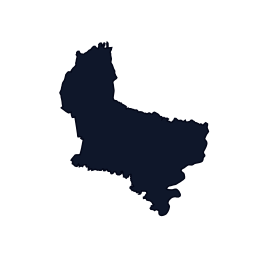 outline of Bom Jesus de Goiás, Goiás, Brazil, rotated 233°
{"feature_id": "56859067B21654402984867", "entity_name": "Bom Jesus de Goiás", "entity_type": "district", "adm_level": 2, "iso_a3": "BRA", "parent_name": "Brazil", "parent_adm1": "Goiás", "projection": "natural_earth1", "projection_center": [-49.889, -18.197], "detail": "fine", "context": "isolated", "style": "filled", "palette": "ink", "viewbox_px": 256, "rotation_deg": 233, "n_neighbors": 0, "source": "geoboundaries", "source_scale": "gbopen_adm2", "svg_char_len": 5800}
<svg xmlns="http://www.w3.org/2000/svg" viewBox="0 0 256 256"><g transform="rotate(233 128 128)"><path d="M217.6,130.8L216.6,130.8L215.7,130.6L214.6,129.4L213.8,128.3L212.2,126.7L211.4,125.6L210.5,124.9L209.7,124.6L209.2,123.4L208.9,121.8L208.8,120.2L208.3,118.6L208.0,117.4L207.1,116.6L207.7,115.3L208.7,114.1L208.6,112.9L207.9,110.5L205.4,107.5L204.5,106.2L204.0,105.1L203.4,103.4L202.3,101.9L201.4,101.0L200.4,99.7L198.7,97.9L197.2,95.0L196.3,94.6L195.5,94.5L194.6,94.4L193.7,93.9L192.6,93.2L190.9,92.5L188.4,91.2L186.8,90.2L185.4,89.5L184.3,89.0L184.2,86.9L181.6,87.7L178.4,88.6L176.0,89.6L174.9,92.1L171.6,90.4L170.0,90.0L169.2,91.3L168.6,92.3L159.4,87.4L157.6,86.4L156.3,85.7L153.7,84.3L151.8,83.1L151.0,82.9L150.3,84.1L149.5,85.0L148.6,85.5L148.1,84.2L146.8,84.6L145.9,85.6L144.5,84.2L143.3,82.9L142.7,82.2L142.0,81.5L141.0,80.3L140.1,79.4L138.1,77.0L136.3,74.7L135.6,73.6L136.2,72.5L137.7,70.4L138.1,69.5L137.5,66.8L136.9,64.2L136.5,63.2L135.7,63.5L134.8,64.0L133.0,62.1L131.8,62.6L129.9,62.8L129.0,63.3L128.1,64.1L128.3,65.2L129.0,66.7L128.0,66.9L127.3,66.4L126.4,65.9L126.2,67.1L125.7,67.9L124.6,68.6L125.4,69.9L124.9,71.1L124.0,72.3L122.9,71.6L121.9,71.5L121.3,72.4L120.5,73.1L119.8,72.3L119.1,71.7L118.3,71.1L117.9,72.2L117.8,73.8L116.8,74.3L116.0,73.7L115.5,74.8L115.2,76.0L114.6,77.1L113.7,77.8L112.9,78.1L112.3,79.2L111.2,80.1L110.4,81.3L110.5,83.2L109.4,83.8L108.6,83.0L107.8,83.9L108.1,85.5L107.3,86.4L106.4,85.9L105.2,86.4L104.3,87.6L103.2,87.7L102.5,87.2L101.6,87.2L101.0,88.3L101.1,89.5L101.5,90.4L100.9,91.5L99.5,91.8L98.1,91.2L96.9,91.7L95.9,92.9L95.6,94.3L95.8,95.5L96.6,95.9L97.3,96.4L96.8,97.4L92.4,95.8L91.7,95.1L90.9,95.9L89.9,96.1L89.0,96.4L89.2,97.6L88.8,99.0L89.8,99.9L89.6,101.2L89.2,102.3L88.4,102.2L87.8,101.0L86.6,100.8L86.1,99.8L85.3,99.6L84.6,98.9L83.3,98.8L82.4,98.5L81.3,98.0L80.1,96.9L79.3,97.6L78.2,97.4L78.3,95.9L79.5,95.3L79.4,94.1L78.7,93.5L76.6,93.9L75.7,93.7L75.0,94.7L74.0,94.8L73.2,95.7L72.6,96.5L71.7,96.1L70.8,96.4L70.7,97.8L69.9,98.2L69.1,97.8L68.7,96.9L68.1,97.7L68.1,98.8L69.0,100.1L69.5,100.9L67.7,103.3L66.9,104.1L66.1,104.6L64.2,103.8L64.0,102.5L63.5,101.3L63.0,100.1L63.4,98.7L62.4,98.1L61.7,99.4L60.9,100.1L59.3,99.7L58.0,100.7L56.9,101.8L55.4,102.3L54.2,102.5L53.3,102.5L52.6,102.1L51.3,102.5L50.9,100.9L51.7,99.9L50.8,98.9L50.5,97.5L49.3,97.4L48.2,98.7L47.0,99.4L46.1,99.7L46.1,101.0L45.3,102.1L44.1,102.6L42.9,102.8L42.1,102.1L41.3,101.5L40.2,101.1L39.1,101.3L37.9,102.3L37.3,103.5L37.0,104.3L36.7,105.5L36.6,106.9L37.0,108.2L37.4,109.4L38.7,111.7L39.5,112.7L40.4,113.7L41.5,114.2L43.0,114.2L44.2,114.7L45.2,115.8L45.9,117.3L46.1,118.7L46.3,120.3L46.1,121.9L45.6,123.1L45.0,124.3L43.5,125.7L42.6,126.9L42.4,128.4L43.0,129.4L44.1,129.9L45.1,130.0L46.2,130.3L47.4,130.3L48.2,130.2L49.3,130.0L50.2,129.5L51.0,128.2L51.8,126.2L52.6,125.1L54.2,123.3L55.5,122.3L56.6,122.3L57.0,123.4L57.2,124.5L57.2,125.5L56.9,126.5L56.3,127.6L55.4,130.1L54.6,131.7L54.3,132.7L54.2,133.9L54.1,135.2L53.9,136.7L53.8,138.0L53.8,139.3L53.7,141.0L54.0,142.9L55.3,143.9L57.3,144.9L58.4,145.1L59.6,144.7L60.6,144.5L62.1,144.6L62.9,145.7L62.9,147.4L62.6,148.6L62.6,150.0L62.6,151.1L62.6,152.2L62.5,153.5L62.1,154.5L61.3,155.5L60.5,156.3L60.0,157.1L59.8,158.2L59.8,159.3L59.5,160.4L57.5,164.6L57.0,166.1L56.9,167.3L57.6,168.7L58.6,169.6L59.2,170.7L59.5,172.3L60.2,172.9L61.6,172.9L62.6,173.1L63.6,173.8L64.2,174.7L64.7,176.0L65.3,177.2L65.8,178.2L66.5,179.4L67.5,180.8L68.5,181.8L69.8,182.4L71.2,182.5L72.2,182.4L73.1,182.6L73.9,183.4L74.4,184.4L74.9,185.2L75.8,187.0L76.3,188.8L76.8,190.1L78.2,190.6L79.7,190.9L81.3,191.7L82.3,193.0L83.4,193.9L84.6,193.5L85.4,193.2L85.4,191.6L84.9,189.8L85.9,189.0L86.7,189.0L87.5,188.3L87.4,187.2L89.1,186.7L89.8,186.3L91.1,185.6L91.8,184.8L92.7,184.7L93.5,184.6L94.4,184.1L95.7,183.8L96.2,183.0L95.9,181.4L96.3,180.3L97.3,178.4L98.2,177.9L99.7,178.3L99.6,176.7L100.3,175.5L101.9,175.1L102.6,174.4L103.1,173.3L103.9,172.5L105.0,172.3L105.9,172.1L106.7,172.0L107.5,171.1L107.0,169.9L106.2,168.9L106.5,167.6L106.1,166.5L106.7,165.4L107.9,165.1L108.9,164.4L109.8,163.6L110.7,164.3L110.9,165.6L112.0,165.3L112.9,164.0L113.8,163.2L114.7,163.0L114.5,160.6L115.7,161.6L116.9,161.5L117.5,160.6L118.4,160.4L119.4,160.4L120.4,160.4L121.6,160.0L123.3,159.2L124.5,158.7L125.0,157.5L124.5,156.0L125.2,154.8L126.5,154.4L127.3,153.9L127.5,152.9L127.8,151.5L129.1,150.9L129.7,149.8L131.1,149.2L132.0,148.9L133.0,148.1L133.9,147.0L134.7,145.7L136.0,146.0L137.1,145.7L137.7,144.9L138.3,143.8L139.2,143.7L139.8,143.0L140.6,142.5L141.8,141.7L142.7,140.4L143.8,140.1L144.0,139.1L144.2,138.1L145.3,138.3L145.9,139.3L147.0,139.2L147.9,138.6L149.1,138.4L149.7,137.6L151.0,137.5L152.0,137.5L152.6,136.6L153.6,136.5L154.3,135.7L155.2,135.4L156.5,135.2L157.3,134.5L158.1,133.6L159.3,133.6L160.9,134.0L161.9,134.9L165.6,138.6L166.7,139.5L168.9,140.7L169.8,141.2L171.3,142.1L173.6,143.2L174.5,144.4L174.7,146.4L174.6,148.2L174.9,149.3L175.9,149.5L176.8,149.5L177.9,149.7L178.7,150.0L179.8,150.2L181.5,151.6L182.4,151.8L183.3,151.9L184.2,152.1L185.4,152.5L186.6,152.9L187.9,153.3L189.4,153.4L190.8,153.7L191.7,154.6L192.7,155.7L193.7,156.5L194.6,156.9L196.7,157.9L197.8,158.8L199.2,159.2L200.2,160.5L200.6,161.7L201.4,162.5L202.0,163.3L204.0,160.1L205.8,161.6L207.8,163.0L208.9,162.9L208.2,162.0L207.4,161.4L206.6,160.9L205.8,160.5L204.6,159.1L205.3,157.6L206.2,157.0L207.4,157.1L207.7,158.0L208.2,159.2L209.4,160.4L210.2,160.1L209.6,158.9L209.0,157.4L209.5,156.3L210.1,157.0L210.8,157.6L212.0,157.6L212.5,156.5L212.2,154.9L210.9,154.1L210.1,153.0L209.4,151.9L210.0,151.2L210.8,150.9L213.1,150.7L213.8,149.5L213.6,147.8L213.3,146.8L213.0,145.4L213.4,143.7L213.1,141.4L213.1,140.4L213.5,138.9L213.3,137.1L215.5,134.9L216.5,134.6L217.4,134.7L218.7,135.0L219.4,134.0L219.2,132.6L218.1,131.8L217.6,130.8Z" fill="#0f172a" stroke="#020617" stroke-width="1.5"/></g></svg>